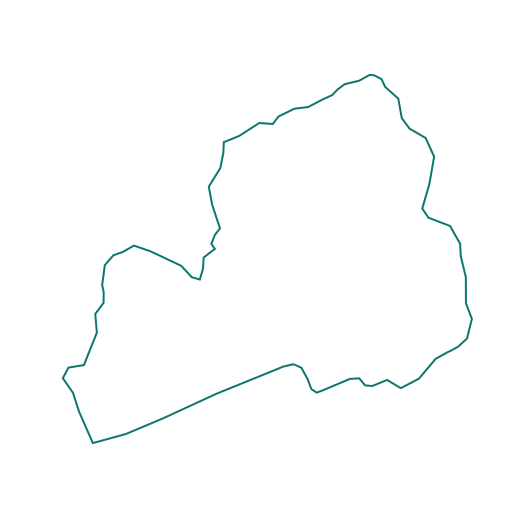 Nyong-et-Kelle, Centre, Cameroon (orthographic projection), rotated 353°
{"feature_id": "32672807B27096701160694", "entity_name": "Nyong-et-Kelle", "entity_type": "district", "adm_level": 2, "iso_a3": "CMR", "parent_name": "Cameroon", "parent_adm1": "Centre", "projection": "orthographic", "projection_center": [10.8, 3.763], "detail": "fine", "context": "isolated", "style": "outline", "palette": "teal", "viewbox_px": 512, "rotation_deg": 353, "n_neighbors": 0, "source": "geoboundaries", "source_scale": "gbopen_adm2", "svg_char_len": 1300}
<svg xmlns="http://www.w3.org/2000/svg" viewBox="0 0 512 512"><g transform="rotate(353 256 256)"><path d="M395.0,90.9L390.6,90.2L379.7,94.6L368.1,95.9L364.9,96.3L357.2,100.7L353.7,103.6L351.2,105.6L340.8,108.9L326.0,114.5L311.8,114.5L295.3,120.3L288.8,127.0L275.4,124.4L253.9,134.8L237.9,139.1L236.2,149.5L233.0,159.3L231.3,164.4L226.7,170.1L217.6,181.4L218.7,199.5L223.6,224.2L217.6,230.3L213.2,238.5L216.0,244.0L213.8,245.3L203.9,251.1L201.7,262.6L197.3,272.5L189.7,269.2L180.5,256.6L164.1,246.2L151.7,238.4L137.3,231.4L136.0,230.8L124.5,235.7L114.6,237.9L108.2,243.6L104.8,246.7L101.7,258.8L99.8,265.9L100.4,273.6L99.0,283.9L89.4,293.9L88.7,312.7L71.9,343.3L56.3,343.9L49.4,353.7L57.7,369.6L61.4,388.9L67.0,407.5L71.3,421.8L105.2,416.8L108.4,415.9L143.6,405.9L199.3,388.1L269.6,369.1L279.5,368.0L281.1,368.6L287.5,372.5L292.2,384.5L294.7,394.8L299.6,399.0L305.5,397.6L334.3,389.4L343.6,390.0L348.5,397.7L355.6,399.2L371.0,395.0L383.6,404.8L402.8,397.6L421.7,380.0L434.2,374.9L437.4,373.9L445.6,370.6L455.4,363.6L462.6,344.7L458.6,328.5L461.7,302.6L459.2,281.2L460.1,268.7L455.0,256.5L452.3,249.9L431.8,239.0L426.8,229.1L436.7,206.1L444.9,179.2L438.8,159.6L425.6,149.6L424.0,148.4L417.5,136.9L416.4,117.1L404.9,104.0L402.1,95.7L395.0,90.9Z" fill="none" stroke="#0f766e" stroke-width="2"/></g></svg>